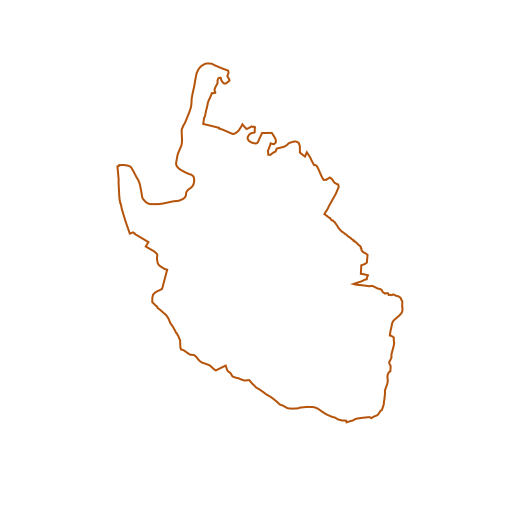 outline of Chetani, Mures, Romania, rotated 155°
{"feature_id": "2599482B57558176240382", "entity_name": "Chetani", "entity_type": "district", "adm_level": 2, "iso_a3": "ROU", "parent_name": "Romania", "parent_adm1": "Mures", "projection": "albers", "projection_center": [23.998, 46.485], "detail": "fine", "context": "isolated", "style": "outline", "palette": "amber", "viewbox_px": 512, "rotation_deg": 155, "n_neighbors": 0, "source": "geoboundaries", "source_scale": "gbopen_adm2", "svg_char_len": 6105}
<svg xmlns="http://www.w3.org/2000/svg" viewBox="0 0 512 512"><g transform="rotate(155 256 256)"><path d="M298.2,338.5L302.7,338.7L307.8,340.5L318.3,342.9L322.1,344.1L328.7,347.1L330.7,348.3L332.0,349.7L333.1,351.5L334.2,355.0L334.4,356.1L334.1,358.2L333.4,360.4L332.3,364.6L331.4,368.2L330.7,371.9L330.6,374.6L331.0,377.9L331.3,385.0L331.7,389.1L332.3,390.3L333.5,391.7L335.1,392.9L337.5,394.4L341.6,396.2L341.9,395.6L343.7,395.8L348.4,382.7L348.7,382.4L349.8,380.0L354.4,368.6L356.1,363.8L356.1,363.2L356.7,361.3L356.7,361.1L356.5,360.8L356.5,360.6L357.8,355.0L358.2,352.3L359.7,341.6L360.9,329.6L357.5,329.4L356.4,327.7L356.6,327.3L356.5,327.1L347.6,314.1L351.9,311.2L346.4,303.3L344.9,299.8L345.0,298.7L346.3,296.6L347.1,294.9L348.1,291.1L348.0,289.8L347.8,288.6L346.9,286.9L345.9,285.4L345.0,283.9L344.3,282.9L342.3,281.1L355.0,265.9L358.1,265.7L359.5,265.8L362.5,265.6L364.9,264.8L365.8,264.3L367.5,262.1L369.5,258.1L367.9,253.6L367.0,251.8L367.0,251.3L367.2,250.6L366.6,249.5L365.9,248.3L363.1,241.9L362.5,240.8L361.9,237.3L361.8,236.2L362.0,231.1L361.4,228.4L361.2,227.0L360.9,222.2L360.9,220.3L360.6,219.8L360.3,218.4L360.5,217.2L360.2,216.4L360.4,213.8L360.4,211.7L363.0,205.6L363.5,203.1L361.3,201.0L358.1,195.4L357.2,194.3L354.8,192.9L354.0,192.3L353.5,191.5L352.4,188.7L352.1,186.7L351.4,184.6L350.1,182.3L347.3,179.7L344.6,176.9L343.9,175.9L342.2,171.7L340.8,169.3L329.8,169.5L330.3,164.9L330.2,163.7L329.6,162.4L329.0,161.4L328.5,160.1L328.4,158.5L328.3,157.3L327.7,156.1L325.3,153.9L323.2,152.3L321.5,150.2L318.9,147.9L314.6,146.4L313.4,142.0L312.5,139.9L311.4,136.6L309.7,134.4L306.6,129.0L305.1,126.1L302.3,122.2L300.5,118.9L298.5,114.7L297.5,112.1L296.9,110.9L295.0,109.3L293.0,106.4L292.0,105.1L291.0,104.2L288.0,102.5L283.7,100.7L281.9,100.1L280.7,100.1L280.2,100.0L273.4,97.6L268.5,95.2L266.8,94.0L265.2,92.4L264.1,90.9L260.9,85.4L259.3,83.0L257.4,80.7L254.8,77.8L252.9,76.4L250.8,73.3L249.0,71.8L247.3,70.4L245.0,69.3L244.0,68.8L243.9,68.4L244.2,67.0L239.4,66.3L237.9,66.0L235.7,66.2L233.2,66.0L227.1,64.1L221.4,62.1L220.8,61.6L220.0,60.3L217.6,60.6L215.0,60.5L213.2,60.5L211.7,61.1L208.9,62.9L206.8,63.4L202.6,67.9L202.3,68.8L201.9,69.4L200.0,72.2L197.2,76.9L196.1,79.4L194.8,80.9L191.1,84.6L189.7,86.5L189.2,87.5L188.0,90.9L186.7,92.9L185.3,94.1L184.6,94.5L183.0,94.7L182.8,95.0L181.1,98.2L180.4,99.6L180.6,101.3L180.5,102.6L180.2,103.4L180.1,103.6L178.0,105.1L176.0,106.9L175.2,109.0L174.9,109.5L169.0,116.6L167.6,118.7L167.1,119.7L166.9,121.1L165.7,123.5L165.6,123.9L165.8,124.3L167.4,126.8L168.3,127.4L166.1,130.8L162.3,135.7L161.3,137.2L159.9,138.5L158.8,139.2L157.8,139.6L154.5,140.6L150.9,141.6L148.1,142.9L147.3,143.6L146.7,144.2L145.4,146.5L144.6,149.0L142.8,152.6L142.5,153.5L142.8,154.8L142.6,156.3L142.7,156.9L143.1,157.9L144.5,159.8L146.3,161.1L146.8,162.1L147.9,163.2L149.1,163.1L149.7,163.2L150.5,163.9L151.3,164.3L151.7,164.4L152.2,164.6L152.1,165.7L152.3,166.6L152.8,167.0L154.2,167.2L155.0,167.4L155.3,168.1L156.2,169.3L156.4,170.0L156.4,171.5L156.6,172.3L157.0,173.0L157.8,173.8L159.5,175.1L160.7,176.7L162.7,179.2L163.7,180.0L165.8,180.6L166.7,181.1L172.4,184.8L177.1,187.5L179.4,189.4L173.8,188.8L172.0,188.5L170.0,188.4L167.8,188.6L165.5,188.1L164.6,189.5L162.7,191.2L166.1,194.0L168.5,195.5L164.5,203.1L161.0,202.7L158.3,203.2L158.1,203.4L156.9,205.7L154.4,209.9L155.6,212.2L156.4,212.9L156.6,213.5L157.5,214.5L157.5,215.3L157.9,216.2L157.9,216.8L157.3,218.1L157.7,219.0L157.2,219.7L157.3,220.6L158.6,223.3L159.0,224.7L160.1,227.2L160.6,228.0L160.9,228.0L161.1,228.3L161.2,228.6L160.9,229.0L162.2,231.0L162.6,232.3L164.5,235.3L165.0,237.0L166.3,238.9L166.5,239.7L168.0,242.1L168.8,244.4L169.4,246.6L169.6,249.0L170.2,252.3L170.2,253.0L171.1,254.8L171.4,255.8L172.1,256.1L172.7,257.3L172.8,259.1L173.9,260.3L174.5,261.8L176.3,265.1L171.2,268.4L167.5,271.4L157.4,278.6L151.8,283.7L151.3,286.1L152.3,287.0L153.9,289.3L154.2,290.3L154.5,292.8L154.9,294.1L155.9,295.9L156.4,296.0L157.9,295.6L158.7,295.7L160.1,295.3L160.4,295.3L161.2,296.0L162.2,296.2L162.6,296.5L162.8,297.9L162.9,301.6L162.7,308.7L162.9,311.6L163.1,312.4L163.6,313.1L165.0,314.0L165.3,319.8L165.2,322.1L166.1,328.5L169.6,325.4L172.5,331.1L169.8,337.1L169.5,340.6L171.4,342.9L173.2,343.7L177.1,344.3L178.6,344.3L179.7,344.0L181.1,343.5L183.0,343.2L184.7,343.2L191.9,344.6L194.1,342.4L196.5,342.4L200.3,341.6L202.1,342.6L200.6,346.4L196.6,350.2L195.1,351.9L193.9,350.7L192.5,349.8L190.7,350.2L189.4,351.5L188.9,353.9L189.0,356.3L189.7,360.9L198.6,364.9L198.9,364.8L199.9,363.7L203.3,360.9L205.0,359.3L206.5,358.2L207.3,357.9L208.4,358.0L209.4,358.5L211.2,359.9L212.2,360.9L213.7,363.1L214.1,365.5L213.7,366.5L213.0,367.5L211.1,368.7L209.4,369.3L207.8,369.2L206.9,368.9L205.2,368.6L204.8,368.8L203.7,371.2L202.6,373.0L202.5,373.4L202.7,373.8L204.4,374.4L204.8,374.7L205.2,375.3L209.3,375.0L210.9,375.1L211.8,377.8L212.7,381.1L213.5,380.4L215.5,379.0L218.9,376.9L220.5,376.4L221.8,376.1L224.5,376.0L225.5,376.5L226.9,377.9L232.6,384.4L235.7,387.2L235.3,387.8L248.0,398.0L244.7,403.1L243.1,404.3L240.3,408.2L237.4,411.7L234.8,415.3L232.7,417.4L231.3,418.4L227.1,422.3L226.5,421.8L224.0,421.1L223.7,421.6L223.7,422.9L223.3,424.4L221.3,426.3L218.3,428.5L217.8,429.0L216.7,431.2L216.0,432.1L215.3,432.7L214.2,433.0L213.0,432.7L212.6,432.2L213.1,430.5L213.1,429.4L212.7,427.3L212.1,425.9L211.0,425.2L210.3,425.1L206.9,425.9L206.0,426.1L205.6,426.9L205.8,429.8L206.0,431.1L203.5,433.6L202.9,435.8L207.5,440.4L212.5,445.9L214.7,448.8L216.6,450.0L219.2,451.3L221.1,451.7L225.3,451.3L227.1,450.6L229.1,449.6L230.9,448.2L232.9,446.4L237.3,440.3L239.9,436.4L244.7,430.2L248.0,425.5L249.5,422.5L251.4,419.3L252.7,417.6L256.2,414.0L262.9,407.8L264.7,406.2L266.5,405.1L269.6,402.3L270.6,400.7L274.0,392.4L275.0,390.5L276.3,388.5L277.0,387.6L282.9,382.3L284.5,380.6L289.0,374.2L289.5,373.2L289.8,371.7L289.8,370.7L289.0,368.0L288.0,366.1L284.7,361.6L281.9,358.4L280.3,357.1L279.6,355.7L279.1,354.5L279.2,353.3L279.6,351.7L280.8,349.3L282.5,347.2L284.0,346.2L285.1,345.7L286.5,345.3L289.4,344.8L291.3,343.9L292.5,342.9L294.2,340.2L295.8,339.1L298.2,338.5Z" fill="none" stroke="#b45309" stroke-width="2"/></g></svg>